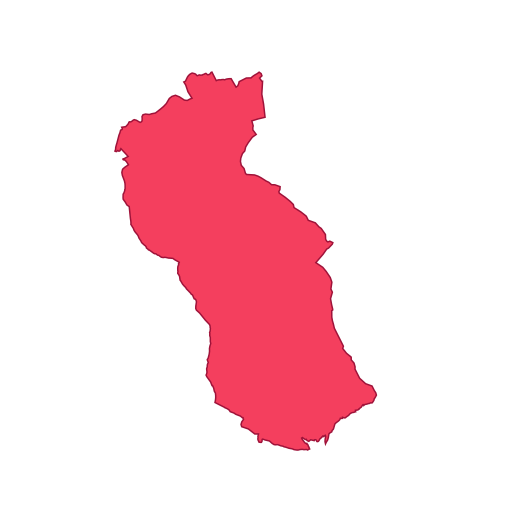 Teliu, Brasov, Romania, rotated 45°
{"feature_id": "2599482B6146472281310", "entity_name": "Teliu", "entity_type": "district", "adm_level": 2, "iso_a3": "ROU", "parent_name": "Romania", "parent_adm1": "Brasov", "projection": "albers", "projection_center": [25.905, 45.691], "detail": "fine", "context": "isolated", "style": "filled", "palette": "rose", "viewbox_px": 512, "rotation_deg": 45, "n_neighbors": 0, "source": "geoboundaries", "source_scale": "gbopen_adm2", "svg_char_len": 6051}
<svg xmlns="http://www.w3.org/2000/svg" viewBox="0 0 512 512"><g transform="rotate(45 256 256)"><path d="M389.8,385.5L391.2,384.4L391.6,383.9L391.4,383.2L391.2,382.7L390.1,381.4L390.0,381.1L390.2,380.8L390.8,380.4L392.3,379.8L396.3,377.3L400.0,377.1L402.1,376.6L403.1,375.9L404.4,374.4L405.0,373.9L407.7,372.7L409.6,371.4L410.8,371.1L411.9,370.3L415.3,368.6L418.2,366.6L419.7,366.1L422.1,364.3L423.0,363.4L424.0,361.7L425.0,360.5L425.9,359.6L426.8,359.1L428.5,357.1L429.7,356.7L429.8,356.5L429.8,356.0L430.4,354.5L429.2,354.1L428.7,353.7L428.5,353.8L427.5,353.5L426.5,352.9L425.8,352.8L425.2,353.1L424.8,352.6L424.5,352.5L423.6,353.4L422.3,353.5L418.1,352.9L417.0,352.5L417.2,351.6L417.8,351.7L418.2,351.3L420.4,351.0L421.0,350.6L421.1,350.1L421.4,350.1L421.9,350.3L422.9,350.3L424.4,349.7L424.6,347.3L427.7,345.4L427.3,344.7L427.7,344.1L428.3,343.6L430.3,344.1L430.8,343.7L431.1,343.1L431.1,342.3L430.9,341.4L430.5,340.2L430.7,338.4L430.5,337.4L431.3,336.1L430.7,335.8L430.9,335.6L431.5,335.4L431.7,334.9L431.6,334.4L431.7,333.8L432.3,334.0L433.0,334.5L434.4,336.6L436.1,338.5L438.0,339.7L437.4,338.1L436.8,335.5L435.5,333.2L433.4,330.3L433.3,329.2L433.9,326.7L433.2,325.6L433.2,324.1L433.0,323.4L430.6,319.1L430.5,318.0L430.8,315.6L431.0,314.4L431.0,313.0L430.9,312.3L430.4,311.1L431.1,310.7L431.4,310.1L431.9,309.7L431.2,308.9L432.9,308.0L433.6,307.2L433.7,305.6L434.2,303.2L434.0,301.3L434.3,299.9L434.7,298.8L435.8,297.3L436.2,296.1L436.6,295.7L435.4,294.8L436.5,293.4L437.0,292.5L436.9,291.5L437.2,291.2L437.0,290.7L437.3,288.4L436.8,286.1L436.8,285.3L437.1,285.2L437.9,285.5L437.9,284.2L438.0,284.0L439.3,282.0L439.7,281.1L440.5,280.0L440.9,278.7L441.7,278.1L442.0,277.6L441.6,275.4L441.3,274.5L440.5,273.2L440.5,272.5L440.1,271.0L439.5,269.2L437.3,268.0L434.8,267.5L430.0,265.9L423.8,268.8L415.8,269.2L406.0,266.0L404.4,264.3L401.0,262.4L396.8,262.1L394.8,260.2L388.8,260.8L382.7,260.1L381.6,258.0L362.5,251.7L358.8,249.4L355.9,247.8L352.9,245.7L348.2,241.1L348.4,239.9L347.7,239.3L344.1,237.1L338.9,233.5L335.6,227.6L332.3,226.4L328.2,220.9L323.7,218.7L316.5,217.3L311.2,216.8L303.0,218.4L302.2,207.3L301.1,201.1L301.7,199.1L301.6,193.7L300.9,192.2L297.7,193.3L296.9,195.2L295.7,195.5L293.5,195.0L289.9,191.7L282.6,190.4L279.9,190.9L274.5,190.6L267.7,193.8L263.4,192.3L256.6,193.1L248.7,194.9L246.0,193.2L241.6,193.2L235.6,193.8L228.0,195.1L226.6,194.3L226.0,192.2L224.0,189.9L219.0,192.3L216.6,194.6L213.0,194.8L210.2,195.8L204.3,197.1L201.0,198.1L197.7,199.7L191.6,205.1L189.9,204.9L185.7,202.6L181.5,202.3L178.2,200.2L176.0,197.5L174.0,193.2L173.8,189.7L171.6,186.2L170.4,181.4L169.4,174.7L170.2,169.9L164.7,169.1L163.0,167.5L162.0,166.0L157.5,163.4L160.5,157.7L164.3,151.5L153.9,143.2L145.7,137.5L137.1,127.8L136.7,128.3L132.7,127.7L132.8,124.4L130.6,123.4L128.2,123.8L127.9,126.1L127.1,129.0L126.6,131.7L126.6,133.5L123.3,137.0L120.8,144.6L121.9,146.4L122.8,148.6L122.5,150.7L113.0,148.2L111.4,149.9L110.0,151.8L109.2,153.6L108.1,154.3L107.1,155.4L106.6,156.3L105.2,157.6L104.3,159.0L103.9,160.1L94.8,157.1L94.4,158.0L94.7,159.5L94.6,160.5L94.3,161.2L93.6,162.1L91.5,162.3L91.1,162.9L90.8,164.1L90.2,165.1L90.1,165.9L89.0,167.3L88.0,167.9L87.5,168.7L87.2,169.7L86.9,170.1L86.5,170.2L84.8,170.1L83.8,170.4L81.6,171.7L81.2,172.4L80.9,173.7L80.7,174.4L80.7,176.3L81.0,178.0L82.5,182.3L81.9,184.0L85.4,184.8L91.8,188.0L99.2,189.7L98.2,192.0L97.4,194.6L95.2,196.4L89.4,197.6L85.4,199.3L83.7,202.6L83.3,205.9L84.8,211.6L84.9,215.6L84.6,219.4L83.8,226.0L81.7,229.1L80.5,231.4L77.5,233.8L76.2,236.0L76.8,238.0L78.2,239.2L79.9,241.0L80.0,242.3L79.6,243.5L75.4,244.6L73.5,245.7L73.1,246.8L73.0,248.2L72.7,249.4L72.3,250.1L71.6,250.6L71.5,251.2L72.0,252.3L72.3,253.6L72.4,256.7L70.0,259.9L71.1,260.3L71.7,260.9L71.8,261.4L71.3,262.6L71.4,263.0L72.5,264.8L73.7,267.5L77.7,274.3L78.7,276.2L80.0,278.4L81.4,280.0L82.1,281.6L82.5,281.5L83.6,280.7L83.5,279.9L83.7,279.1L84.6,279.0L85.0,278.8L85.2,278.4L85.4,278.0L85.3,277.5L85.2,277.0L84.6,276.2L84.5,275.6L95.2,276.0L94.2,279.5L93.7,280.8L93.3,281.3L93.4,281.6L94.0,281.8L94.3,281.7L95.4,280.9L97.7,280.9L101.3,281.7L100.5,285.9L100.3,288.3L100.4,289.1L101.6,291.1L102.2,291.9L104.5,293.5L109.8,295.9L112.0,297.3L113.4,298.5L115.9,301.0L116.3,301.9L116.8,302.4L117.5,303.7L118.0,304.8L118.2,305.8L118.5,306.4L120.9,308.9L122.0,309.8L125.3,310.3L128.7,311.2L131.4,310.7L140.6,318.2L142.9,319.9L144.5,321.3L145.1,322.1L149.8,323.2L151.7,324.1L153.7,324.5L157.1,324.8L158.2,325.0L160.7,326.1L163.8,326.7L165.4,327.3L166.3,327.4L169.9,327.2L170.5,327.0L171.9,327.2L172.8,327.8L174.6,327.6L175.7,327.7L176.5,327.2L181.8,326.4L183.0,325.9L183.5,325.3L183.8,325.2L185.7,325.0L187.0,324.2L188.5,324.1L189.9,323.8L191.5,322.7L192.2,321.7L193.2,320.8L195.6,319.3L196.8,318.2L199.0,316.4L200.8,316.2L206.2,314.7L206.4,315.1L206.6,316.2L207.0,316.6L207.6,316.9L207.7,317.6L208.3,318.8L209.3,320.0L211.2,321.8L211.6,321.9L212.3,322.9L213.1,323.7L214.4,323.8L216.4,324.5L219.5,326.8L220.2,326.8L223.9,327.8L226.2,328.0L228.6,328.0L229.9,328.4L235.8,328.5L237.3,328.8L237.8,328.7L238.0,328.5L238.8,328.5L241.5,329.6L242.8,330.0L243.1,329.7L243.6,329.4L244.7,329.6L246.3,330.5L248.9,334.0L250.5,335.7L252.1,336.4L256.5,336.2L265.7,337.2L271.1,337.3L272.1,337.5L273.2,338.1L274.0,338.9L274.9,339.4L276.8,341.7L277.2,342.8L278.1,343.4L279.5,344.9L281.4,346.0L284.2,348.8L285.9,349.9L287.0,352.1L288.5,354.3L290.5,356.2L292.3,358.5L294.3,361.9L294.6,362.6L294.7,363.6L295.2,364.0L297.5,365.0L298.2,366.8L298.7,367.6L299.6,368.5L300.2,369.4L300.5,370.2L301.1,370.9L303.5,372.8L304.5,374.4L304.9,375.5L306.5,376.1L313.1,377.2L314.8,378.0L316.2,378.6L316.7,378.7L316.8,378.4L317.1,378.4L319.6,379.4L322.2,381.1L324.2,381.6L326.2,383.2L327.8,384.8L329.1,386.4L330.6,388.6L341.0,385.2L341.1,385.3L343.7,384.3L345.7,383.9L347.9,384.3L351.3,382.7L353.7,382.2L358.2,380.2L360.5,380.0L361.1,379.5L361.4,379.9L362.6,380.2L362.9,381.4L363.2,383.3L364.5,385.7L366.6,386.8L372.9,383.7L381.0,382.7L383.6,380.1L385.0,382.3L385.7,382.8L386.7,384.1L387.6,384.7L389.8,385.5Z" fill="#f43f5e" stroke="#9f1239" stroke-width="1.5"/></g></svg>